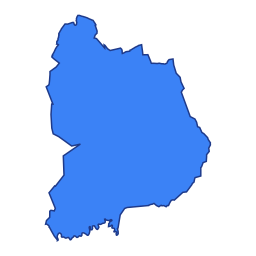 outline of Quechultenango, Guerrero, Mexico
{"feature_id": "50627088B58610897814329", "entity_name": "Quechultenango", "entity_type": "district", "adm_level": 2, "iso_a3": "MEX", "parent_name": "Mexico", "parent_adm1": "Guerrero", "projection": "natural_earth1", "projection_center": [-99.221, 17.32], "detail": "fine", "context": "isolated", "style": "filled", "palette": "blue", "viewbox_px": 256, "rotation_deg": 0, "n_neighbors": 0, "source": "geoboundaries", "source_scale": "gbopen_adm2", "svg_char_len": 5526}
<svg xmlns="http://www.w3.org/2000/svg" viewBox="0 0 256 256"><path d="M65.0,24.0L61.3,29.0L61.3,29.3L60.3,30.9L60.0,31.5L58.8,33.6L58.9,34.1L58.8,34.3L58.8,34.5L59.0,34.8L59.0,35.0L58.8,35.2L58.8,35.6L58.7,35.9L58.7,36.0L58.6,36.3L58.6,36.5L58.6,37.3L58.5,37.5L58.1,38.1L58.1,38.3L58.0,38.6L58.1,38.8L58.1,39.2L58.0,39.7L58.0,39.9L57.8,40.0L57.6,40.2L57.5,40.3L57.4,40.8L57.2,41.0L57.1,41.3L56.8,41.7L56.8,43.9L56.7,44.1L57.4,44.2L58.1,44.5L58.4,44.8L58.1,45.1L57.6,45.9L57.0,46.5L55.6,48.7L54.0,52.2L52.2,55.3L52.6,55.6L51.8,56.9L52.6,57.7L54.3,59.2L59.3,63.1L56.2,67.0L50.0,71.5L50.0,74.6L49.8,77.2L49.6,80.0L49.2,83.7L48.7,85.1L46.2,86.8L52.9,104.1L51.7,104.1L51.0,114.5L51.8,128.1L53.2,133.8L58.7,136.6L71.7,146.0L80.4,144.1L63.3,155.9L64.0,175.1L55.4,186.2L54.7,185.9L49.0,192.8L55.3,208.3L54.3,210.9L50.9,210.3L49.8,211.2L49.7,217.3L46.5,220.5L45.7,223.8L45.6,224.2L46.0,224.1L46.3,224.1L46.7,224.2L47.1,224.4L47.9,225.0L48.6,225.6L48.9,226.0L49.2,226.4L49.2,226.5L49.2,226.9L49.1,227.1L49.5,227.4L51.6,231.3L54.4,236.2L57.5,240.1L57.4,240.6L57.9,240.4L58.0,240.2L58.1,239.9L58.1,239.5L58.0,239.1L57.7,238.3L57.3,237.4L57.2,236.4L57.4,235.5L58.1,234.1L58.8,233.3L59.3,233.0L59.7,233.0L60.2,233.2L61.3,234.3L61.5,235.4L61.4,236.4L61.6,236.9L61.9,237.1L62.5,237.1L63.6,237.0L63.9,237.1L65.0,237.8L65.4,238.0L65.8,238.1L66.3,238.0L66.8,237.9L67.3,237.6L68.0,237.5L68.5,237.5L69.1,238.2L69.9,239.2L70.0,239.6L70.2,239.8L70.5,239.8L70.8,239.7L71.4,239.1L72.2,237.8L73.4,237.0L73.6,236.8L73.7,236.4L73.9,236.1L74.2,235.9L74.4,235.9L74.8,236.0L75.2,236.1L75.6,236.3L75.9,236.6L76.2,236.9L76.5,237.2L76.8,237.4L77.1,237.4L77.6,237.3L77.9,237.1L78.2,236.9L78.8,236.3L79.5,235.8L79.8,235.8L80.1,235.9L80.8,236.2L81.1,236.2L81.3,236.0L81.5,235.7L81.8,235.4L81.9,235.0L81.9,233.8L82.1,233.1L82.6,232.9L83.1,232.8L83.7,232.9L84.2,233.1L84.7,233.3L85.0,233.6L85.5,233.8L86.1,234.2L86.7,234.8L87.4,235.2L87.8,235.3L88.1,235.2L88.5,234.8L89.1,233.8L89.3,233.4L89.3,232.9L89.4,232.7L89.6,232.2L89.8,231.1L89.7,230.0L89.3,228.3L89.2,227.3L89.4,226.8L89.6,226.6L90.0,226.6L90.3,226.9L90.3,227.3L90.3,227.8L90.4,228.4L90.5,228.9L90.7,229.4L91.0,229.8L91.6,229.8L92.0,229.7L92.2,229.4L92.5,228.7L92.6,228.3L92.6,228.0L92.4,227.5L92.5,226.1L93.1,225.9L93.8,225.8L94.2,225.8L94.4,225.9L94.6,226.0L94.6,226.3L94.9,226.6L95.4,227.6L96.0,228.5L96.9,229.3L97.2,229.4L97.5,229.4L97.9,229.0L98.2,228.6L98.5,228.0L98.8,227.5L98.9,227.1L98.7,226.5L98.6,226.2L98.4,225.8L98.1,224.8L98.2,224.6L98.3,224.4L98.8,224.1L99.3,224.2L100.0,224.4L100.4,224.4L100.7,224.3L101.3,224.1L102.0,223.7L102.7,223.3L103.6,223.2L104.4,223.0L104.8,222.8L105.0,222.5L105.2,222.0L105.2,221.6L105.2,221.2L105.1,220.6L104.8,220.0L104.6,219.2L105.1,219.0L105.5,219.3L106.0,219.8L106.2,220.0L106.7,220.2L109.4,220.6L109.9,220.1L111.0,219.6L111.3,219.7L111.7,219.9L111.8,220.1L111.9,220.3L111.7,220.7L111.1,221.1L110.8,221.2L110.7,221.2L109.8,221.8L109.6,222.2L109.4,223.0L109.0,223.5L108.7,223.8L108.7,224.3L108.7,224.8L108.6,225.5L108.5,226.6L110.3,226.2L110.6,226.0L111.0,225.8L111.3,225.5L111.5,225.2L111.8,225.1L112.2,225.3L112.3,225.4L112.4,225.7L112.3,226.4L111.9,227.5L111.9,227.8L112.2,228.0L112.9,228.2L113.1,228.2L113.4,228.2L113.9,228.2L114.1,228.3L114.2,228.5L114.5,229.0L114.6,229.4L114.7,229.9L114.7,230.2L114.5,230.6L114.2,230.9L114.0,231.2L113.9,231.5L114.0,231.8L114.6,231.9L114.9,231.8L115.1,231.7L115.5,231.5L115.9,231.6L116.2,231.8L116.4,232.0L116.5,232.2L116.5,232.4L116.5,232.8L116.3,233.1L116.1,233.7L116.2,234.3L116.3,234.6L116.5,235.2L116.9,235.2L117.3,234.9L117.7,234.6L118.2,233.7L118.1,231.4L117.4,228.5L118.0,228.1L120.2,214.9L124.6,208.5L127.1,207.5L148.8,205.5L149.0,205.1L150.9,204.4L152.3,204.2L154.0,203.4L156.1,205.2L156.4,205.5L158.9,206.7L160.7,205.5L161.2,205.3L161.9,205.8L162.6,205.7L164.0,205.6L165.4,206.4L166.2,206.7L167.2,205.5L167.9,205.7L168.5,205.5L169.8,202.7L171.2,200.4L172.9,199.8L174.3,200.1L182.9,192.3L186.5,191.9L191.9,184.6L192.3,183.5L194.0,182.1L194.6,179.0L194.9,177.9L195.2,177.6L200.8,176.0L200.8,167.5L201.5,166.9L203.1,162.6L206.3,161.4L206.6,156.8L206.6,154.7L209.2,151.4L208.9,149.2L208.7,148.2L210.4,144.9L210.3,143.4L210.4,142.8L208.2,139.5L207.6,137.6L203.8,133.6L201.9,132.5L199.7,127.5L197.6,126.7L196.6,122.2L194.9,119.0L190.2,116.6L181.3,92.2L182.5,90.0L184.1,88.4L183.2,86.6L181.0,81.9L180.1,77.3L176.2,73.2L173.7,65.0L173.0,59.0L169.1,59.6L168.3,60.4L168.2,60.9L167.7,61.2L167.4,61.8L167.3,62.3L167.0,63.0L166.3,63.5L165.8,63.6L165.2,64.0L163.9,64.0L163.2,63.7L162.0,63.8L159.2,63.2L157.6,63.5L156.8,63.5L154.0,63.3L151.4,63.3L151.0,62.7L150.8,61.7L147.9,54.7L142.9,54.8L142.4,50.5L142.1,48.6L141.6,44.7L139.3,45.3L138.4,45.5L137.9,46.0L135.9,46.9L134.8,47.5L134.2,47.9L134.1,48.0L133.0,48.6L132.1,49.2L131.7,49.4L130.8,50.0L130.1,50.1L129.7,51.2L126.0,51.7L123.3,53.2L122.3,53.5L122.2,52.7L122.1,50.7L122.0,50.2L121.7,49.3L120.5,48.1L117.2,48.9L110.1,50.5L107.5,48.7L105.0,45.4L104.2,44.9L104.5,46.1L104.7,47.8L104.7,48.1L96.5,38.6L95.5,38.3L94.2,38.0L95.1,35.2L96.6,33.5L96.9,33.4L97.1,31.1L95.2,25.3L95.9,24.9L95.1,23.5L94.7,22.9L94.4,22.4L93.9,21.7L93.3,20.7L92.8,20.2L91.8,20.0L90.9,19.5L89.5,19.0L89.4,19.0L88.6,18.5L88.0,18.3L87.7,18.1L87.1,17.8L86.5,17.6L85.8,17.4L85.4,17.2L83.3,16.6L82.9,16.4L81.9,16.3L80.9,15.9L79.4,15.4L77.9,15.4L77.0,16.9L76.4,18.7L76.5,19.1L76.4,20.0L76.2,20.7L76.5,20.9L76.6,22.0L76.8,22.4L76.7,23.0L76.4,24.1L76.5,24.4L75.7,25.2L74.9,25.1L74.4,24.7L74.3,24.4L74.1,24.0L73.6,22.5L72.3,22.5L67.7,24.1L65.0,24.0Z" fill="#3b82f6" stroke="#1e3a8a" stroke-width="1.5"/></svg>